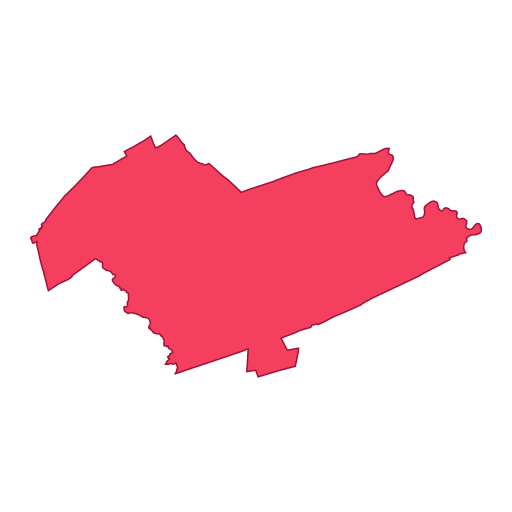 Gura Sutii, Dâmbovita, Romania
{"feature_id": "2599482B56661116517086", "entity_name": "Gura Sutii", "entity_type": "district", "adm_level": 2, "iso_a3": "ROU", "parent_name": "Romania", "parent_adm1": "Dâmbovita", "projection": "natural_earth1", "projection_center": [25.479, 44.756], "detail": "fine", "context": "isolated", "style": "filled", "palette": "rose", "viewbox_px": 512, "rotation_deg": 0, "n_neighbors": 0, "source": "geoboundaries", "source_scale": "gbopen_adm2", "svg_char_len": 6037}
<svg xmlns="http://www.w3.org/2000/svg" viewBox="0 0 512 512"><path d="M175.2,373.8L196.5,366.6L217.8,359.5L241.4,351.5L248.1,348.7L248.2,348.9L246.8,371.6L255.7,370.3L258.1,376.9L278.8,370.6L295.2,366.3L296.5,360.7L298.2,351.9L298.6,348.2L287.3,350.2L281.1,338.1L295.7,332.5L298.6,331.0L303.7,329.3L310.7,327.4L312.3,324.6L314.0,324.9L315.6,324.2L317.3,323.9L317.9,324.6L321.7,323.0L333.9,316.7L351.5,309.2L360.8,304.9L363.0,303.2L372.5,298.0L418.9,276.1L423.9,273.1L432.1,268.8L450.0,259.5L449.2,257.9L456.7,255.5L458.9,254.7L459.9,253.8L460.6,253.6L461.9,253.7L463.4,253.0L465.7,252.8L465.1,252.0L464.3,250.4L463.8,248.8L463.7,247.3L463.9,244.9L464.4,243.7L465.0,242.7L466.8,241.3L466.9,240.8L466.7,239.5L466.8,238.2L467.6,237.2L470.4,235.4L471.8,234.8L474.7,234.8L476.3,234.6L478.4,233.9L480.6,232.5L481.3,230.7L481.1,227.3L480.2,225.4L479.3,224.0L478.3,223.5L476.7,223.7L475.4,224.7L473.1,227.6L472.4,228.3L471.4,229.1L470.2,229.4L469.0,229.3L467.0,228.5L465.9,227.0L465.7,226.3L466.0,225.0L466.6,223.6L466.8,222.4L466.7,220.9L466.1,220.1L463.8,218.6L462.6,218.3L461.5,218.7L459.3,219.2L458.4,219.0L457.2,218.0L456.6,216.7L456.5,215.7L457.1,213.8L457.0,212.3L456.6,211.5L455.4,211.0L450.9,210.6L450.0,210.3L449.6,209.6L448.7,208.7L447.1,208.1L446.2,207.9L445.2,207.9L444.3,208.3L443.6,209.0L443.2,210.1L442.6,210.6L442.2,210.8L441.8,210.9L440.7,210.5L439.3,209.5L438.2,207.7L438.0,205.2L437.5,203.1L436.3,202.0L434.2,201.1L432.4,201.2L430.2,202.2L425.8,205.5L424.8,206.6L424.3,208.0L424.3,209.5L424.7,211.6L424.7,212.5L424.5,213.6L424.0,215.6L423.4,216.6L422.5,217.3L420.5,217.9L417.8,218.6L416.9,218.9L416.1,219.0L415.1,218.2L414.8,217.3L413.3,209.5L412.2,208.0L411.7,206.0L412.2,204.5L413.0,203.6L413.7,202.7L413.8,201.9L413.5,201.0L413.2,200.5L413.2,199.4L413.4,198.1L413.2,196.9L412.3,196.0L409.6,194.8L407.1,194.8L406.2,194.0L405.3,192.0L404.1,190.9L402.2,190.4L397.6,191.2L395.2,192.3L392.7,193.7L390.7,194.4L388.5,195.7L385.7,196.6L384.5,196.6L383.3,196.3L380.1,192.5L378.3,188.7L377.4,187.0L376.5,184.9L376.4,183.3L377.5,180.9L380.0,177.8L384.7,173.6L388.0,171.0L393.1,160.1L393.3,157.3L392.3,155.3L389.9,154.5L388.8,153.8L388.3,152.1L389.2,148.5L386.9,148.3L383.9,149.1L379.6,151.2L377.5,152.4L375.1,153.5L370.4,153.5L368.6,154.1L367.3,154.2L366.2,154.2L364.1,153.9L359.7,153.9L357.4,156.5L355.4,157.2L342.2,160.5L334.8,162.5L326.9,164.4L323.5,165.4L321.8,165.6L316.7,166.9L314.0,167.4L312.0,168.0L307.1,169.9L305.7,170.1L295.5,173.2L294.1,173.8L289.0,175.5L282.7,177.8L273.2,181.5L247.3,190.0L241.3,192.4L236.9,188.1L228.2,180.0L223.0,176.1L209.0,163.5L204.6,165.2L203.6,164.6L203.1,164.1L198.3,162.6L197.2,161.9L195.1,159.9L192.8,157.3L192.0,156.0L189.4,152.7L188.0,151.9L186.9,151.0L185.3,148.7L184.3,145.1L184.1,144.7L181.6,142.3L180.6,141.1L180.0,140.1L178.5,138.1L176.4,135.5L175.8,135.1L175.1,135.7L161.3,145.2L155.8,147.9L155.4,147.8L154.6,146.3L154.5,145.5L153.4,143.5L152.5,140.8L150.7,136.1L143.8,140.8L132.9,147.0L124.3,151.5L126.4,155.4L126.6,156.3L121.6,158.9L117.1,161.8L113.8,163.4L113.6,164.3L111.4,164.7L108.0,165.1L97.2,167.0L95.5,166.9L92.2,167.7L91.2,168.3L91.1,168.7L83.8,176.7L75.7,185.2L66.4,194.4L65.2,195.3L64.1,196.4L63.5,197.5L56.1,206.4L45.8,219.6L45.7,219.9L45.7,221.4L45.1,221.6L42.1,223.6L41.4,224.5L41.9,225.1L41.8,225.7L41.9,226.2L42.2,226.5L41.6,226.7L41.8,227.4L41.4,227.8L41.0,227.8L40.7,228.1L40.7,228.4L41.1,228.7L41.0,228.9L40.8,229.1L40.4,229.2L39.4,228.8L39.0,229.0L39.0,229.3L39.4,229.9L39.4,230.5L37.5,233.7L36.9,235.1L34.5,235.9L31.6,236.7L30.9,237.7L30.7,238.2L32.0,241.1L32.4,242.5L32.6,243.0L33.2,243.2L37.0,241.7L36.7,243.2L36.9,244.0L36.8,244.7L37.2,246.9L38.2,250.7L39.9,258.6L42.4,268.4L43.0,270.5L43.9,272.2L43.7,273.0L46.1,281.7L47.6,288.0L48.4,290.6L58.4,284.0L63.5,281.6L67.0,280.0L69.0,278.9L72.0,276.9L71.9,275.9L72.1,275.6L89.4,263.1L95.2,258.8L95.5,258.7L101.0,262.1L101.4,261.8L102.3,262.3L102.7,263.2L102.5,265.5L102.5,266.9L103.1,268.1L106.4,270.3L109.6,270.9L110.8,271.7L112.9,274.5L114.5,274.7L115.3,275.0L115.5,276.3L115.0,277.3L114.2,277.9L113.6,278.2L112.7,279.0L112.4,279.7L112.5,280.9L113.3,281.7L113.5,282.4L114.1,283.3L115.0,284.0L115.8,284.9L116.5,285.3L117.1,285.3L117.4,285.8L119.2,286.3L119.6,287.2L119.5,287.7L119.6,288.0L120.3,288.2L120.9,288.6L121.2,289.0L121.0,290.3L121.4,290.4L121.7,290.3L122.4,289.8L123.8,289.3L124.2,289.6L124.3,290.4L126.0,291.0L126.6,292.0L126.7,292.6L127.0,292.9L127.5,292.8L128.0,292.9L128.3,293.3L128.6,294.4L128.4,295.3L128.4,296.3L128.6,297.4L128.5,298.8L128.6,299.7L128.2,300.6L128.0,301.4L127.3,302.3L127.4,303.2L127.3,304.0L127.5,305.1L127.5,305.8L126.2,307.0L125.8,307.1L124.5,306.5L124.1,306.8L124.1,308.7L124.4,310.7L124.8,311.3L125.8,312.1L126.4,312.2L127.6,313.3L128.2,313.6L130.1,312.8L132.0,312.8L136.9,314.0L138.5,314.7L141.7,316.4L142.3,317.1L144.0,317.3L145.0,317.5L146.3,317.6L147.7,318.0L149.2,319.3L150.4,323.0L150.3,323.8L150.1,324.5L149.6,325.1L149.1,326.1L148.7,327.7L148.9,328.3L149.2,328.4L149.6,328.1L150.1,328.1L150.3,329.1L150.7,329.9L152.2,330.6L152.5,331.3L153.0,332.0L153.2,332.5L154.0,333.0L156.7,333.8L157.8,333.9L159.2,333.6L159.6,333.9L160.4,334.9L160.6,335.6L161.3,336.2L162.4,336.5L163.3,338.7L164.0,339.9L164.1,340.4L164.2,341.3L163.9,342.4L164.2,343.1L163.9,343.9L164.0,345.0L164.0,345.7L164.5,345.8L165.6,345.7L166.6,346.6L167.3,346.2L167.4,346.5L168.1,346.2L168.4,346.7L168.9,348.6L169.6,348.9L170.5,349.1L170.9,349.3L172.7,352.1L172.8,352.5L171.3,353.3L170.4,353.5L170.0,354.0L169.9,354.3L170.2,354.6L170.1,354.8L168.6,356.1L168.0,356.4L167.7,357.0L167.9,357.4L168.4,357.5L168.5,358.1L168.9,358.4L169.5,358.6L169.7,359.0L166.8,361.4L166.5,361.8L166.5,362.2L166.7,362.8L166.0,363.5L165.5,363.8L165.3,364.1L165.4,364.3L165.7,364.3L166.7,364.2L168.0,364.4L171.4,363.4L172.0,363.6L172.5,364.0L173.0,364.2L173.7,364.1L174.0,363.7L174.3,363.5L174.7,363.6L175.2,363.6L175.5,363.4L175.9,362.9L176.3,363.1L176.3,364.3L176.7,365.0L176.9,365.8L177.7,367.8L177.7,368.0L176.8,369.3L176.8,370.4L176.2,372.0L175.2,373.4L175.2,373.8Z" fill="#f43f5e" stroke="#9f1239" stroke-width="1.5"/></svg>